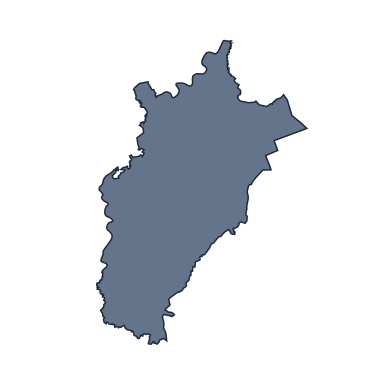 the district of Krimuldas pag., Krimuldas, Latvia, rotated 158°
{"feature_id": "27541924B6857171142021", "entity_name": "Krimuldas pag.", "entity_type": "district", "adm_level": 2, "iso_a3": "LVA", "parent_name": "Latvia", "parent_adm1": "Krimuldas", "projection": "orthographic", "projection_center": [24.794, 57.217], "detail": "fine", "context": "isolated", "style": "filled", "palette": "slate", "viewbox_px": 384, "rotation_deg": 158, "n_neighbors": 0, "source": "geoboundaries", "source_scale": "gbopen_adm2", "svg_char_len": 6078}
<svg xmlns="http://www.w3.org/2000/svg" viewBox="0 0 384 384"><g transform="rotate(158 192 192)"><path d="M191.5,310.6L200.1,312.3L206.5,310.0L207.9,308.6L207.2,306.7L207.7,305.7L207.7,302.9L208.1,301.1L208.9,300.2L209.2,299.0L208.2,297.5L207.6,297.4L206.3,296.1L206.8,296.1L206.6,295.9L206.7,294.9L207.1,295.1L207.1,294.6L206.7,294.4L206.8,293.8L206.0,294.2L205.3,293.5L206.1,292.7L205.8,292.3L207.8,290.8L207.1,289.5L204.6,288.5L203.4,282.6L204.9,281.4L205.1,280.1L205.6,279.8L206.2,280.8L207.4,279.6L206.9,278.0L208.3,276.9L208.4,275.3L209.1,275.4L211.0,273.6L211.0,275.3L213.8,275.3L214.5,274.0L215.7,273.6L213.7,270.4L213.7,268.3L214.8,265.0L222.8,262.8L224.4,256.0L224.3,253.5L224.9,252.0L225.9,251.6L225.8,251.1L224.2,250.6L223.1,251.4L221.5,250.2L221.4,249.6L220.8,249.1L223.2,247.8L221.9,245.8L224.7,243.5L225.2,245.2L225.9,245.6L228.0,245.0L233.1,246.2L233.6,245.9L233.9,246.2L234.5,249.1L236.4,248.8L236.5,247.5L236.0,245.5L236.0,244.3L237.9,243.9L238.1,243.0L238.8,243.1L239.0,242.6L238.7,242.1L238.9,241.1L239.2,240.7L239.0,239.4L240.0,239.6L240.4,237.5L242.3,236.9L242.8,238.3L242.3,239.0L242.5,240.3L244.9,239.8L246.5,240.5L249.5,239.5L246.2,237.7L246.9,236.8L247.9,236.1L250.6,236.3L252.8,234.6L254.4,234.3L254.7,232.3L258.6,233.2L259.5,233.7L259.9,234.4L260.0,236.8L255.7,238.5L255.1,239.1L254.2,240.8L252.3,239.6L251.8,240.2L252.0,241.0L251.3,242.7L252.6,242.9L254.1,241.7L254.3,242.1L256.0,241.4L256.4,241.7L257.5,240.9L260.0,240.1L265.9,239.0L269.1,236.9L272.4,232.6L275.9,231.1L277.1,229.5L277.0,228.1L275.7,224.4L275.6,223.1L277.5,221.2L278.0,220.4L278.0,219.5L277.0,216.7L274.2,213.2L274.2,212.5L274.7,211.6L276.9,210.8L278.6,209.1L280.4,206.1L280.9,204.2L280.7,202.3L280.0,201.2L277.2,198.3L276.2,196.0L276.1,195.2L276.4,194.6L280.9,194.5L282.6,193.4L284.1,191.4L284.7,189.1L283.1,185.8L282.3,183.1L282.4,181.7L283.5,179.3L285.8,177.4L295.6,171.2L296.7,170.0L297.8,167.5L301.9,163.1L302.2,162.0L301.5,160.7L298.7,158.2L298.2,157.2L297.9,156.3L298.9,154.8L303.9,152.9L305.8,151.3L305.1,150.2L306.2,148.2L306.2,147.2L306.9,147.2L307.0,146.4L308.1,145.7L308.1,144.9L308.4,144.6L309.0,144.2L310.0,144.8L310.8,144.2L310.8,143.5L311.7,142.5L312.6,143.0L313.4,142.7L314.1,143.1L314.6,142.7L315.2,141.2L314.5,138.8L315.6,139.3L315.8,139.0L315.7,138.1L316.3,137.5L313.9,135.7L313.9,134.3L314.6,133.9L315.0,132.8L314.0,130.7L312.6,130.3L312.6,129.5L313.9,129.1L314.2,128.2L312.7,126.7L313.0,126.0L314.4,124.8L313.5,122.9L314.0,121.5L315.8,120.8L317.1,118.2L317.8,118.2L318.9,117.2L321.1,116.7L320.5,112.1L321.2,110.3L320.1,108.5L321.7,107.3L322.3,104.2L321.0,102.0L319.9,103.3L319.0,102.5L318.4,100.9L317.5,99.9L315.0,99.5L314.8,98.4L313.7,98.2L313.3,97.7L314.2,95.7L311.0,94.8L310.8,94.5L310.9,93.7L309.8,94.0L308.6,93.2L305.2,93.9L304.9,93.6L304.7,93.1L304.9,92.3L304.7,90.4L303.9,88.8L299.9,86.0L300.5,85.1L298.7,84.6L299.4,80.8L297.5,78.9L297.2,76.6L296.9,76.3L295.5,76.1L293.4,78.4L292.8,78.4L292.1,77.0L291.6,76.9L290.6,78.3L289.5,78.6L288.2,77.2L287.2,77.4L285.9,76.9L284.2,75.4L284.3,74.7L285.7,73.7L286.1,73.1L286.2,71.8L286.7,71.0L287.5,70.4L288.0,69.2L288.8,68.7L289.2,67.8L288.9,67.2L286.6,66.2L284.8,67.5L283.5,67.6L283.3,67.1L283.7,65.9L282.2,65.2L281.5,64.1L278.8,65.2L277.8,66.7L274.2,66.8L272.8,66.4L271.2,63.5L269.3,70.2L269.1,73.3L269.3,76.5L267.7,79.7L266.8,82.8L266.2,87.4L264.2,89.1L259.5,86.0L257.3,84.0L254.3,84.7L255.3,87.2L257.3,88.8L258.6,89.2L260.3,91.8L261.1,92.2L260.9,93.2L254.7,95.5L253.9,101.3L251.8,102.2L243.3,104.4L241.2,103.9L238.0,104.5L237.0,105.0L236.3,105.9L233.2,106.5L232.0,107.7L231.8,109.8L227.8,111.4L226.9,113.4L224.9,115.4L224.3,115.1L222.4,119.1L221.2,118.4L219.3,122.3L217.3,121.4L215.2,125.8L210.1,126.0L208.7,129.3L206.7,128.7L206.6,129.6L205.6,129.8L204.1,129.1L203.6,129.3L196.5,133.7L193.8,136.4L191.1,136.7L184.3,140.3L181.3,140.2L179.8,141.3L176.0,142.8L171.9,143.4L171.3,138.5L168.4,136.7L167.5,137.9L167.3,139.4L167.9,139.3L167.6,142.8L166.5,142.3L162.7,142.6L160.5,144.4L160.4,145.4L157.9,146.2L154.5,143.1L152.0,144.6L149.9,148.8L150.6,150.8L149.1,153.6L147.8,155.2L146.2,158.9L142.5,164.6L141.5,167.0L140.8,171.6L137.3,176.5L136.0,177.2L134.2,176.8L131.6,179.1L127.9,181.2L118.1,185.8L110.4,183.0L110.1,188.0L110.2,198.2L97.0,198.4L96.6,208.9L61.7,207.9L64.4,213.9L70.7,225.4L69.2,241.4L70.6,247.9L74.2,246.1L79.1,246.3L81.4,245.1L81.3,245.4L83.2,244.8L84.5,243.3L85.6,244.4L90.5,243.2L97.0,247.6L98.7,252.4L100.1,251.8L106.2,253.6L113.1,258.2L114.2,261.0L114.5,262.2L113.7,262.7L113.5,263.1L113.7,263.7L112.4,264.4L110.7,264.3L109.2,266.8L109.4,267.4L109.0,268.2L110.7,271.8L108.2,273.7L109.2,274.8L109.5,275.7L110.1,276.0L110.7,277.3L111.1,279.3L110.9,279.9L109.2,280.8L109.9,281.8L109.8,282.2L110.5,283.7L112.3,284.8L111.8,286.1L113.1,287.9L112.7,289.5L113.1,289.6L112.4,290.6L112.8,290.9L112.8,291.9L112.0,291.9L111.6,292.3L112.5,292.4L112.9,292.9L112.4,294.1L111.7,294.2L112.6,294.9L111.9,296.1L110.5,296.9L111.4,297.7L110.6,298.1L109.8,299.6L109.8,300.2L110.3,300.1L110.4,300.5L109.6,301.9L109.5,302.7L108.8,303.0L109.3,304.1L108.7,304.5L108.5,305.3L107.4,305.8L108.1,306.0L106.1,307.8L105.1,307.5L104.8,307.8L104.6,309.1L104.7,309.7L102.6,310.5L103.2,311.0L102.6,311.7L102.4,310.9L102.1,311.1L101.1,312.6L101.7,312.9L100.6,313.9L100.4,314.8L99.9,315.0L100.6,315.1L100.6,315.5L100.2,315.4L100.2,315.8L100.9,316.3L99.1,317.4L101.9,318.2L105.6,320.5L106.7,320.3L114.3,313.0L116.8,311.6L118.1,311.4L119.4,311.7L121.4,313.8L124.1,315.4L126.4,315.6L129.6,313.7L132.7,311.0L134.0,309.1L134.6,307.5L134.5,305.9L132.4,302.6L132.3,300.6L133.0,299.4L135.6,297.5L138.1,297.4L143.2,299.9L146.6,299.7L147.9,299.0L149.6,296.0L150.2,293.8L151.4,291.7L152.9,290.8L154.1,290.9L155.5,291.9L158.3,295.3L160.3,296.7L165.1,298.5L166.2,298.2L166.7,297.3L165.8,292.4L165.7,291.1L166.2,290.1L168.5,287.7L172.5,286.4L173.9,286.4L174.8,286.9L175.1,291.6L176.8,293.6L177.9,294.3L180.6,294.7L183.3,293.9L187.0,294.2L189.0,293.6L189.5,293.1L189.8,293.4L188.8,294.1L189.8,294.3L190.0,295.6L188.5,297.0L189.1,297.7L189.1,301.2L190.8,301.7L192.0,309.8L191.5,310.6Z" fill="#64748b" stroke="#1e293b" stroke-width="1.5"/></g></svg>